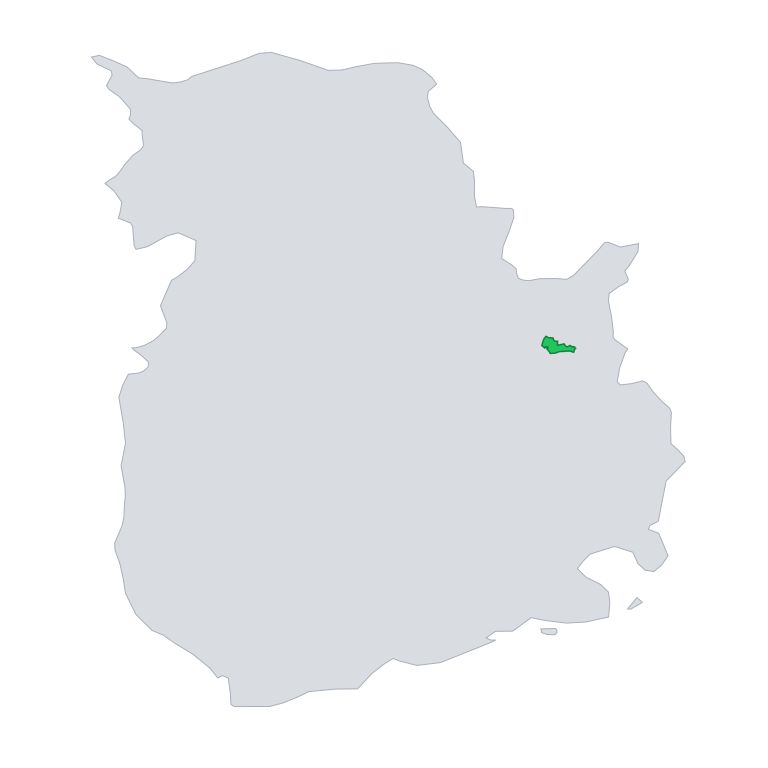 Peam Ro, Prey Vêng, Cambodia (highlighted), rotated 272°
{"feature_id": "14789045B10752799877994", "entity_name": "Peam Ro", "entity_type": "district", "adm_level": 2, "iso_a3": "KHM", "parent_name": "Cambodia", "parent_adm1": "Prey Vêng", "projection": "robinson", "projection_center": [105.314, 11.334], "detail": "fine", "context": "in_parent", "style": "filled", "palette": "green", "viewbox_px": 768, "rotation_deg": 272, "n_neighbors": 0, "source": "geoboundaries", "source_scale": "gbopen_adm2", "svg_char_len": 5782}
<svg xmlns="http://www.w3.org/2000/svg" viewBox="0 0 768 768"><g transform="rotate(272 384 384)"><path d="M700.5,80.3L702.5,88.1L697.3,102.8L691.8,116.2L681.4,127.9L680.9,136.5L677.4,162.1L678.8,170.3L681.2,177.3L684.6,181.0L693.7,206.1L701.9,228.9L710.1,247.7L711.5,259.6L704.2,289.6L695.5,317.2L696.3,331.0L700.1,344.7L704.1,363.1L705.6,386.6L703.5,401.9L699.6,411.4L692.1,421.1L685.6,426.1L677.7,417.8L671.4,417.5L663.1,420.0L656.5,423.8L643.1,438.1L628.2,452.0L607.6,455.6L599.6,465.9L591.0,467.3L574.7,467.8L564.1,470.3L564.6,475.5L563.7,500.0L563.9,505.7L562.3,507.2L554.9,508.0L542.4,504.2L525.5,498.2L513.5,497.2L507.3,507.9L503.6,512.1L499.0,512.7L494.3,514.6L492.7,519.4L492.3,525.3L494.6,535.5L495.5,551.8L494.9,562.8L499.3,569.8L525.1,593.3L532.8,599.2L533.6,602.7L529.1,615.5L533.2,633.5L525.1,633.1L511.6,625.4L505.1,620.7L497.3,624.5L494.6,623.7L489.3,614.9L482.3,605.9L475.2,605.3L460.2,608.8L444.8,611.3L438.9,611.3L436.5,612.9L427.6,626.3L423.8,624.0L408.3,618.9L394.2,617.0L391.3,620.4L393.0,631.4L396.1,642.1L394.3,646.6L386.5,652.3L376.2,662.4L369.9,670.3L365.5,672.2L349.9,671.9L334.3,672.9L328.1,680.4L322.2,686.2L317.2,687.7L296.8,669.3L256.4,662.9L252.0,654.8L248.1,653.2L244.3,663.8L222.1,673.9L212.8,667.8L206.0,660.4L207.1,651.3L213.5,643.9L224.5,638.6L229.7,620.0L221.3,596.1L214.0,589.2L206.2,583.7L198.0,592.6L191.1,607.7L183.9,615.5L173.8,617.3L159.0,616.6L153.2,594.0L151.4,574.6L153.4,552.4L155.7,539.3L141.5,521.2L140.7,503.9L133.9,495.0L131.8,499.5L132.0,504.5L130.0,500.9L107.6,450.3L103.9,426.8L107.8,408.7L110.1,402.7L103.6,393.1L94.5,382.3L78.4,368.2L77.4,345.8L73.9,319.4L69.1,310.5L61.7,294.2L57.7,280.7L56.5,245.1L58.5,242.2L70.0,241.2L84.6,238.6L87.0,232.9L84.4,228.1L93.8,220.1L107.3,202.4L117.7,183.9L125.2,172.3L129.7,160.7L144.8,144.3L165.7,133.0L179.8,130.3L194.6,126.5L208.7,121.0L215.4,120.4L232.9,127.1L242.4,128.8L252.3,128.7L262.6,129.4L271.6,128.7L293.0,124.1L315.8,127.7L336.1,124.8L361.3,119.5L373.7,122.9L384.9,128.2L386.5,139.1L389.1,144.0L392.8,147.8L397.8,147.8L404.2,140.3L409.6,132.5L411.3,131.0L411.6,134.9L414.3,143.3L419.1,151.6L423.9,157.2L432.0,164.5L437.3,164.9L454.5,157.9L480.3,168.0L483.3,173.1L491.6,183.3L500.7,190.7L520.8,191.2L527.9,173.1L524.5,162.0L513.0,142.8L509.9,131.5L513.5,129.5L532.9,127.3L536.1,125.1L540.4,112.6L545.6,114.1L556.4,115.7L567.8,107.2L574.5,98.2L578.2,102.3L582.2,108.6L586.6,112.2L594.8,117.6L603.9,125.2L609.5,132.6L614.0,135.5L625.5,133.4L628.6,133.7L635.3,124.7L640.0,119.8L644.0,121.2L649.8,121.1L661.8,109.6L668.7,99.1L672.4,96.2L683.3,101.5L687.6,100.4L693.8,85.9L700.5,80.3ZM145.7,564.1L143.5,565.5L141.4,565.4L139.3,563.4L139.5,555.2L141.0,550.2L144.7,549.3L145.7,564.1ZM179.4,644.3L174.8,649.8L167.6,638.5L167.7,635.3L179.4,644.3Z" fill="#d9dde1" stroke="#a8b0b8" stroke-width="1"/><path d="M422.7,561.1L422.8,561.3L422.8,561.8L422.8,562.1L422.9,562.6L422.9,563.1L423.0,563.5L423.1,564.0L423.2,564.5L423.2,565.0L423.3,565.6L423.3,566.3L423.3,566.6L423.4,567.3L423.4,567.6L423.4,568.0L423.4,568.4L423.4,568.6L423.4,568.8L423.3,569.2L423.3,569.4L423.2,569.5L423.1,569.8L423.0,570.1L422.9,570.6L422.7,571.0L422.6,571.5L422.5,571.8L422.4,572.1L422.3,572.4L422.5,572.5L423.2,572.7L423.7,572.8L424.1,572.9L424.5,573.1L424.9,573.2L425.3,573.4L425.5,573.5L425.9,573.7L426.1,573.9L426.1,573.7L426.7,573.5L427.2,573.5L427.5,573.4L427.6,573.2L427.8,572.8L427.9,572.6L428.0,572.4L427.9,572.2L427.9,571.9L427.8,571.7L427.6,571.4L427.5,571.1L427.6,570.9L427.8,570.7L428.0,570.4L427.9,570.1L428.0,569.8L428.1,569.6L428.4,569.5L428.8,569.2L428.9,568.8L428.9,568.7L429.0,568.6L429.0,568.4L429.0,568.2L428.8,568.0L428.5,567.7L428.2,567.2L427.9,566.8L427.8,566.4L427.6,565.8L427.6,565.6L427.6,565.3L427.8,565.0L428.1,564.5L428.3,564.2L428.5,564.1L428.6,563.9L428.8,563.5L429.0,563.4L429.4,563.2L429.9,563.1L430.3,562.7L430.3,562.1L430.1,561.5L430.0,561.2L429.8,560.4L429.7,559.8L429.5,559.1L429.3,558.3L429.2,557.7L429.0,557.1L428.9,556.7L428.9,556.1L429.0,555.9L429.3,555.9L429.6,555.9L429.9,555.9L430.4,555.9L430.9,556.0L431.5,556.0L432.1,556.0L432.5,556.0L432.8,556.0L432.8,555.9L432.8,555.6L432.8,555.1L432.7,554.7L432.7,554.2L432.7,553.9L432.7,553.6L432.6,553.4L432.8,553.2L433.0,552.8L433.3,552.5L433.7,552.2L434.2,551.9L434.3,551.8L434.7,551.6L435.2,551.6L435.6,551.5L435.9,551.2L436.0,551.0L435.9,550.7L435.8,550.4L435.7,550.1L435.9,549.8L436.0,549.5L436.1,549.0L436.1,548.6L436.1,548.4L436.0,548.1L435.9,547.9L435.9,547.7L436.0,547.2L436.3,546.4L436.5,545.8L436.8,545.2L437.1,544.8L437.2,544.4L437.2,544.1L436.9,543.9L436.6,543.6L436.0,543.3L435.6,543.0L435.2,542.6L434.7,542.3L434.4,542.2L433.9,542.0L433.1,541.8L432.3,541.5L431.5,541.2L431.2,541.1L430.9,541.1L430.5,541.1L430.1,540.9L429.4,540.7L429.0,540.6L428.8,540.6L428.6,540.7L428.4,540.7L428.2,540.6L428.0,540.4L427.8,540.5L427.6,540.9L427.2,541.3L427.0,541.6L426.8,541.9L426.7,542.1L426.4,542.4L426.0,542.9L425.6,543.2L425.6,543.4L425.8,543.5L426.0,543.8L426.3,543.8L426.6,543.7L426.7,543.9L426.8,544.2L427.0,544.5L426.9,544.8L426.7,545.0L426.3,545.2L426.4,545.5L426.5,545.7L426.7,546.0L426.9,546.2L426.9,546.4L426.8,546.5L426.7,546.5L426.3,546.5L426.0,546.6L425.8,546.6L425.5,546.6L425.4,546.4L425.2,545.8L425.0,545.5L424.9,545.3L424.8,545.1L424.8,545.3L424.6,545.6L424.3,545.9L424.1,546.2L423.9,546.4L423.7,546.6L423.4,546.9L423.0,547.3L422.6,547.6L422.2,547.9L421.9,548.2L421.4,548.5L421.1,548.7L420.8,548.8L420.4,549.0L420.3,549.3L420.4,549.8L420.5,550.1L420.5,550.5L420.5,550.8L420.6,551.3L420.6,551.9L420.7,552.3L420.7,552.8L420.7,553.3L420.8,553.8L421.0,554.3L421.2,554.8L421.3,555.2L421.5,555.8L421.7,556.3L421.9,556.7L422.1,557.0L422.2,557.3L422.3,557.6L422.4,558.0L422.5,558.5L422.6,559.0L422.6,559.4L422.7,559.8L422.7,560.4L422.7,560.9L422.7,561.1Z" fill="#22c55e" stroke="#15803d" stroke-width="1.5"/></g></svg>